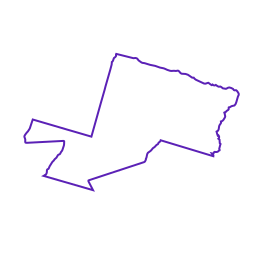 map outline of Wouleu-Ntem (Albers equal-area conic projection), rotated 16°
{"feature_id": "GAB-2187", "entity_name": "Wouleu-Ntem", "entity_type": "Province", "adm_level": 1, "iso_a3": "GAB", "parent_name": "Gabon", "parent_adm1": "", "projection": "albers", "projection_center": [12.153, 1.276], "detail": "fine", "context": "isolated", "style": "outline", "palette": "violet", "viewbox_px": 256, "rotation_deg": 16, "n_neighbors": 0, "source": "natural_earth", "source_scale": "10m", "svg_char_len": 3039}
<svg xmlns="http://www.w3.org/2000/svg" viewBox="0 0 256 256"><g transform="rotate(16 128 128)"><path d="M116.5,58.6L117.5,58.7L118.1,59.0L119.5,60.1L122.9,61.3L123.9,61.4L126.1,61.1L131.9,61.2L137.0,60.8L142.0,61.1L145.9,60.8L147.1,60.9L149.8,61.3L152.7,61.4L154.0,61.2L156.5,60.3L157.8,60.1L158.5,59.9L159.9,59.2L160.6,59.1L161.4,59.4L163.5,60.8L164.7,61.0L168.4,60.2L170.9,60.3L174.6,61.5L175.8,61.9L177.3,61.5L178.4,62.3L180.0,62.9L188.9,64.3L190.3,64.0L191.2,63.4L192.0,62.8L192.8,62.4L193.9,62.8L195.4,63.4L196.7,63.7L197.3,62.9L198.2,63.3L199.1,63.3L199.8,63.1L200.5,62.4L202.5,63.1L203.7,63.3L204.4,63.1L205.3,62.7L206.4,62.9L208.2,63.7L211.0,63.4L211.7,63.1L213.0,61.8L213.8,61.3L214.3,61.1L216.3,61.1L218.2,61.5L219.1,62.2L219.6,62.4L220.2,62.4L221.1,62.0L221.6,61.9L222.3,62.2L223.4,63.0L224.4,63.9L225.0,64.6L225.3,65.6L225.0,67.6L225.0,69.2L225.0,73.2L224.8,75.4L224.1,77.0L221.8,78.3L221.4,78.6L220.2,79.9L219.8,80.1L219.2,80.4L219.2,80.9L219.6,82.2L219.4,82.8L219.1,83.3L218.7,83.7L218.2,84.3L217.8,85.0L217.3,86.1L216.5,86.3L216.3,86.6L217.1,87.8L217.7,89.0L218.0,89.5L218.3,90.3L218.2,91.3L217.5,93.8L217.0,94.8L216.3,95.6L215.5,96.1L216.0,97.3L215.8,98.4L215.3,99.7L215.1,101.1L215.5,104.1L215.3,105.7L214.1,107.0L215.2,108.9L216.4,110.6L216.9,110.1L217.6,110.7L218.1,111.5L218.2,112.4L217.8,113.4L219.2,114.0L220.4,117.3L221.4,117.9L221.3,118.5L221.4,121.6L221.4,122.2L221.4,122.7L221.6,123.1L222.2,123.9L222.1,124.3L221.7,124.5L221.0,125.8L220.1,126.5L219.0,126.9L218.0,127.0L217.5,127.4L217.3,128.4L216.8,129.2L215.5,129.3L216.2,129.9L217.0,130.2L217.6,130.6L217.8,131.6L162.8,130.8L162.8,131.3L162.6,132.0L162.4,132.4L161.7,133.4L161.5,133.6L161.4,133.9L161.4,134.1L161.3,135.0L161.2,135.2L161.0,135.5L160.1,136.4L158.9,138.8L158.7,139.1L157.7,140.3L157.5,140.6L157.3,141.0L157.2,141.3L156.5,142.9L156.0,143.8L154.1,146.2L154.0,146.3L153.7,147.4L153.7,148.8L153.9,151.2L153.9,151.6L153.7,152.3L153.7,152.6L153.7,152.9L153.8,153.1L153.9,153.3L153.9,153.5L153.6,155.3L153.3,155.9L152.8,156.4L105.1,188.8L104.5,189.3L104.5,189.7L104.8,190.3L111.5,197.4L60.1,197.3L60.5,196.9L60.9,196.3L61.0,196.2L61.3,196.0L61.8,195.4L62.1,194.6L62.2,194.2L62.2,193.9L62.2,193.1L61.7,190.9L61.8,190.2L62.0,189.9L62.3,189.6L62.6,189.4L62.8,189.1L62.9,188.8L63.0,188.2L63.2,186.5L64.6,181.6L64.9,181.0L65.7,179.6L65.7,179.4L66.0,178.6L66.1,178.3L66.3,177.9L66.6,177.5L67.1,176.7L67.4,176.2L68.1,173.5L68.2,173.3L68.3,173.2L68.6,172.8L69.6,172.0L69.7,171.7L69.9,171.3L70.2,169.7L70.9,167.9L71.0,167.1L71.2,162.5L71.0,161.0L70.3,158.4L70.0,158.2L69.5,158.2L34.9,170.1L33.9,170.3L33.4,170.2L33.0,169.6L32.5,167.6L32.2,167.0L31.8,166.4L30.8,165.0L30.7,164.1L31.0,162.8L32.0,160.2L32.7,158.9L33.7,155.6L34.1,146.1L35.6,146.1L55.5,146.2L70.5,146.3L75.4,146.3L95.2,146.4L95.1,129.0L95.0,111.6L95.0,97.7L94.9,94.2L94.9,76.8L94.8,71.5L94.3,69.0L94.8,68.3L95.0,67.5L95.1,66.7L95.1,65.8L95.2,64.7L95.7,64.0L96.2,63.3L96.6,62.4L96.5,61.5L96.2,60.6L96.3,60.0L114.0,59.4L115.7,58.7L116.5,58.6Z" fill="none" stroke="#5b21b6" stroke-width="2"/></g></svg>